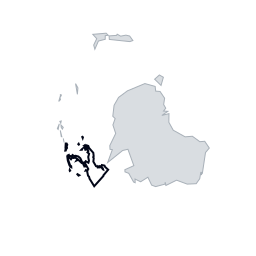 Papua New Guinea on a map of Oceania (orthographic projection), rotated 221°
{"feature_id": "PNG", "entity_name": "Papua New Guinea", "entity_type": "country or territory", "adm_level": 0, "iso_a3": "PNG", "parent_name": "Oceania", "parent_adm1": "", "projection": "orthographic", "projection_center": [148.76, -6.492], "detail": "medium", "context": "in_parent", "style": "outline", "palette": "ink", "viewbox_px": 256, "rotation_deg": 221, "n_neighbors": 5, "source": "natural_earth", "source_scale": "50m", "svg_char_len": 3449}
<svg xmlns="http://www.w3.org/2000/svg" viewBox="0 0 256 256"><g transform="rotate(221 128 128)"><path d="M199.2,106.8L200.9,108.8L199.9,109.2L199.2,106.8ZM199.4,106.3L197.6,105.1L197.7,102.6L199.4,106.3Z" fill="#d9dde1" stroke="#a8b0b8" stroke-width="1"/><path d="M188.3,120.2L196.7,127.1L192.1,125.4L188.3,120.2Z" fill="#d9dde1" stroke="#a8b0b8" stroke-width="1"/><path d="M183.8,88.3L183.0,89.5L181.9,87.5L183.8,88.3ZM180.9,81.2L182.6,86.1L179.8,81.1L180.9,81.2ZM180.5,86.3L177.3,86.0L176.8,84.1L178.9,84.7L180.5,86.3ZM172.7,77.7L177.6,81.8L172.2,78.0L172.7,77.7ZM168.7,76.6L170.0,77.7L166.8,75.2L168.7,76.6Z" fill="#d9dde1" stroke="#a8b0b8" stroke-width="1"/><path d="M216.0,175.6L206.7,185.2L203.7,185.0L205.8,182.8L203.4,180.0L207.4,174.2L204.7,165.7L208.3,168.1L210.2,174.9L216.0,175.6ZM183.3,194.4L200.2,182.6L202.7,185.1L197.4,190.4L197.7,191.7L193.8,192.5L190.5,196.7L187.1,198.5L181.7,197.2L183.3,194.4Z" fill="#d9dde1" stroke="#a8b0b8" stroke-width="1"/><path d="M131.0,181.8L139.9,182.3L139.1,188.6L134.6,189.5L131.0,181.8ZM79.1,158.8L74.0,164.0L64.8,164.8L61.4,168.3L53.5,166.2L53.4,160.3L41.9,142.2L43.3,143.5L41.7,140.7L44.2,142.6L40.6,136.8L40.0,130.7L46.5,124.5L57.1,120.5L61.7,109.5L64.4,111.5L63.2,110.0L68.7,101.9L72.7,100.4L80.7,103.9L83.2,95.7L89.2,94.1L86.7,91.4L88.3,90.9L97.7,94.3L101.5,92.9L103.0,94.5L98.9,103.4L114.1,111.9L117.3,107.5L120.7,88.6L125.6,101.4L127.6,100.1L130.2,102.8L133.7,115.8L141.4,120.4L143.9,126.7L147.2,126.9L153.4,136.0L155.2,144.9L152.8,155.7L144.4,172.6L134.8,177.2L131.3,174.0L127.8,176.6L119.9,174.5L116.5,169.1L112.5,167.7L112.3,164.1L108.9,166.7L110.7,159.7L106.5,165.7L100.9,159.1L92.4,156.0L79.1,158.8Z" fill="#d9dde1" stroke="#a8b0b8" stroke-width="1"/><path d="M115.6,83.5L115.5,76.2L115.1,75.6L115.3,61.9L123.7,64.5L125.5,65.7L126.9,65.8L131.2,69.1L131.1,71.0L137.2,73.2L137.9,74.0L138.1,75.2L135.1,75.8L135.9,77.6L139.0,80.0L140.5,83.1L142.6,83.0L142.8,84.6L145.2,85.2L144.4,85.6L144.8,86.3L148.0,87.1L146.6,87.3L147.3,88.0L146.2,88.4L144.4,87.4L137.9,86.5L135.4,84.2L135.2,83.2L134.1,82.8L132.1,79.9L127.1,78.2L125.9,78.9L124.3,77.9L125.3,79.5L123.9,79.7L124.2,80.4L120.6,80.8L120.0,80.3L119.6,80.4L120.5,81.0L122.6,81.3L123.4,82.9L121.1,84.2L119.7,83.6L115.6,83.5ZM150.5,67.0L152.3,67.1L153.2,67.5L153.0,69.1L151.8,69.9L152.1,71.2L150.2,71.5L149.3,72.7L146.8,73.9L144.1,73.9L139.7,71.9L140.0,71.2L144.7,71.4L145.5,69.7L145.8,71.4L148.2,71.1L149.6,69.5L150.8,69.3L150.5,67.0ZM164.8,75.4L164.1,76.0L162.8,75.5L162.4,74.1L160.9,72.9L160.9,71.2L162.0,71.8L164.8,75.4ZM155.0,68.9L154.3,68.5L154.1,66.8L152.8,65.0L147.7,62.1L148.0,61.6L152.0,63.9L155.2,66.7L155.6,67.5L155.0,68.9ZM134.1,59.6L136.7,59.9L133.8,60.4L134.1,59.6ZM146.9,84.1L147.8,84.3L148.1,85.2L146.6,85.0L146.9,84.1ZM146.7,61.9L145.8,61.9L145.1,61.2L146.0,61.0L146.7,61.2L146.7,61.9ZM148.7,86.4L149.4,86.1L149.2,86.9L148.3,86.6L147.7,85.3L148.7,86.4ZM153.4,83.0L154.9,83.2L154.9,83.7L153.4,83.0ZM155.6,90.7L157.4,91.6L155.9,91.4L155.6,90.7ZM138.7,72.4L137.9,71.7L137.9,71.3L138.8,71.7L138.7,72.4ZM146.3,84.6L145.5,84.2L145.9,83.6L146.2,83.8L146.3,84.6ZM160.6,71.2L160.2,70.1L160.5,69.8L160.9,70.5L160.6,71.2ZM135.9,71.1L135.3,70.7L135.7,70.3L136.0,70.5L135.9,71.1ZM144.5,58.2L143.7,57.9L143.8,57.5L144.3,57.8L144.5,58.2ZM132.1,68.5L131.6,68.6L132.0,68.1L132.1,68.5ZM148.8,82.1L148.5,81.4L148.9,81.0L148.9,81.5L148.8,82.1ZM123.6,81.4L124.2,82.0L122.9,81.1L123.6,81.4Z" fill="none" stroke="#020617" stroke-width="2"/></g></svg>